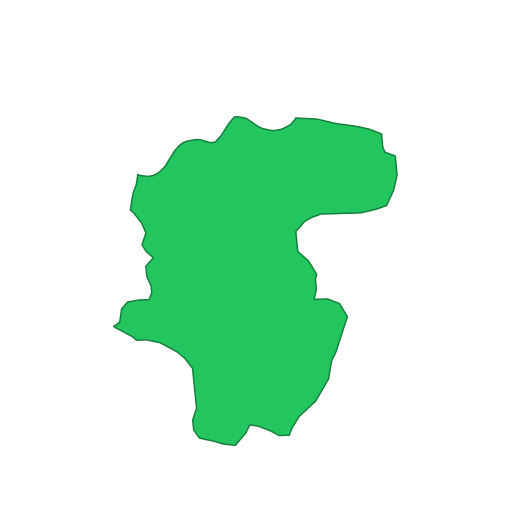 Songchon, P'yŏngan-namdo, North Korea (Albers equal-area conic projection), rotated 131°
{"feature_id": "82179303B38365888495896", "entity_name": "Songchon", "entity_type": "district", "adm_level": 2, "iso_a3": "PRK", "parent_name": "North Korea", "parent_adm1": "P'yŏngan-namdo", "projection": "albers", "projection_center": [126.243, 39.3], "detail": "fine", "context": "isolated", "style": "filled", "palette": "green", "viewbox_px": 512, "rotation_deg": 131, "n_neighbors": 0, "source": "geoboundaries", "source_scale": "gbopen_adm2", "svg_char_len": 1545}
<svg xmlns="http://www.w3.org/2000/svg" viewBox="0 0 512 512"><g transform="rotate(131 256 256)"><path d="M402.4,317.2L402.4,315.4L400.1,305.7L397.9,295.9L398.0,291.0L391.2,283.7L384.4,271.6L382.2,261.8L380.0,252.1L380.0,242.4L382.4,230.2L389.3,222.9L400.7,210.7L409.9,201.0L421.3,196.2L428.2,188.9L430.5,179.1L423.8,167.0L419.3,157.2L412.5,147.5L403.4,147.5L396.6,147.5L387.5,149.9L382.9,142.6L378.5,130.4L376.3,120.7L369.5,113.4L368.1,113.9L362.7,115.8L349.0,118.2L326.3,115.8L301.2,120.6L285.2,130.3L276.1,132.7L264.7,137.5L253.3,142.4L241.8,147.2L237.1,161.8L241.6,174.0L250.6,183.7L241.5,188.6L234.6,195.8L230.0,198.3L225.3,212.8L225.2,227.4L211.4,242.0L197.7,241.9L190.9,239.5L181.8,234.6L172.8,224.8L166.0,217.5L154.8,205.3L141.2,195.5L132.1,190.6L116.1,195.3L102.4,202.6L89.2,216.4L93.0,226.9L90.7,231.7L81.5,241.4L85.9,253.6L92.6,265.8L103.8,282.9L112.8,300.0L125.9,316.7L126.5,316.0L133.9,316.2L139.7,318.0L144.2,320.3L147.9,323.3L149.9,325.0L152.6,329.1L155.7,335.1L156.8,338.9L158.4,352.7L159.1,355.0L163.6,362.2L165.7,363.5L173.2,363.5L188.3,361.3L196.9,361.5L200.4,364.8L205.1,374.9L208.0,378.1L214.6,383.4L218.5,385.4L223.0,386.4L230.2,386.4L248.3,383.4L253.8,383.7L257.9,384.4L263.3,386.7L267.2,390.2L271.3,396.2L272.0,398.6L280.8,393.1L287.7,390.7L292.3,388.2L303.7,381.0L303.8,376.1L306.2,363.9L310.8,354.2L322.3,349.4L324.6,342.1L324.7,332.3L336.1,332.4L343.0,325.1L347.6,315.3L352.2,310.5L359.1,308.0L365.9,315.4L374.9,322.7L384.1,322.7L395.5,315.4L402.4,317.2Z" fill="#22c55e" stroke="#15803d" stroke-width="1.5"/></g></svg>